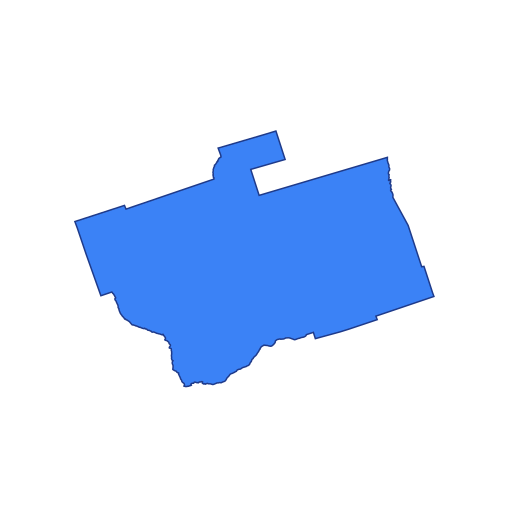 Rojas, Buenos Aires, Argentina, rotated 118°
{"feature_id": "61730980B83932941288797", "entity_name": "Rojas", "entity_type": "district", "adm_level": 2, "iso_a3": "ARG", "parent_name": "Argentina", "parent_adm1": "Buenos Aires", "projection": "natural_earth1", "projection_center": [-60.686, -34.196], "detail": "fine", "context": "isolated", "style": "filled", "palette": "blue", "viewbox_px": 512, "rotation_deg": 118, "n_neighbors": 0, "source": "geoboundaries", "source_scale": "gbopen_adm2", "svg_char_len": 6120}
<svg xmlns="http://www.w3.org/2000/svg" viewBox="0 0 512 512"><g transform="rotate(118 256 256)"><path d="M205.5,82.9L186.3,102.8L187.7,104.7L157.6,136.0L139.9,162.8L138.6,163.3L138.3,163.5L138.0,163.6L137.3,164.1L136.1,165.5L136.0,165.9L135.7,166.1L135.5,166.4L135.4,166.7L135.4,167.2L135.1,167.5L134.9,167.9L134.6,168.1L133.7,167.7L133.3,168.2L133.1,168.7L132.8,169.0L132.3,169.2L132.0,169.5L131.6,169.5L130.6,169.7L130.0,170.2L129.6,170.6L129.4,171.4L129.1,171.9L128.5,171.8L128.3,172.0L127.8,172.0L127.4,171.8L126.7,172.3L126.4,172.6L125.9,172.7L125.5,172.8L125.5,173.2L125.9,173.6L126.9,173.9L127.0,174.4L126.6,174.7L126.1,174.6L125.6,174.8L125.4,175.0L124.8,175.1L124.5,175.3L123.9,175.4L123.7,175.8L123.1,176.2L122.7,176.4L121.8,176.5L121.5,177.0L121.5,177.4L121.1,177.8L120.0,178.3L118.7,178.6L118.3,178.5L117.7,178.4L116.8,178.7L116.3,178.9L115.9,179.3L115.1,180.4L114.7,180.7L113.7,181.1L113.2,181.5L112.9,181.8L112.6,182.3L112.2,182.6L111.8,183.3L111.3,183.6L111.1,183.9L110.7,184.2L110.0,184.9L109.5,185.2L109.0,185.3L108.7,185.6L107.7,186.0L107.2,186.3L201.0,281.7L182.0,301.3L157.1,275.6L136.3,297.1L144.4,305.2L178.5,340.1L183.5,334.5L184.0,334.1L185.0,333.4L185.4,333.5L185.8,333.9L186.4,334.1L187.1,334.5L187.9,334.6L188.2,334.5L188.6,334.4L189.5,334.6L190.2,334.2L190.4,334.2L190.6,334.5L190.9,334.7L191.2,334.5L191.5,334.5L192.5,334.6L192.8,334.7L193.2,334.7L193.6,334.7L194.1,334.8L195.4,335.3L195.6,335.2L196.1,334.8L196.5,334.7L196.9,334.8L197.4,334.8L198.4,334.6L199.7,334.4L200.4,334.0L201.0,333.6L201.3,333.6L202.3,333.3L202.9,332.9L203.1,332.6L203.4,332.4L203.9,332.2L204.3,332.1L204.4,331.9L204.6,331.8L204.8,331.9L205.0,331.6L205.3,331.3L206.3,330.8L206.5,330.5L206.7,330.1L206.7,329.9L206.8,329.7L207.0,329.7L207.6,329.5L207.9,329.3L275.6,392.8L273.1,395.9L310.6,432.1L315.4,426.7L334.0,407.0L363.9,374.3L355.5,366.4L355.7,365.8L356.1,365.2L356.3,364.7L356.3,364.3L356.5,363.8L357.0,363.1L357.4,362.3L357.9,361.7L358.7,360.4L359.0,360.2L359.5,360.4L360.1,360.5L360.6,360.1L361.0,359.6L361.3,359.1L361.5,358.3L361.9,357.9L362.6,357.2L363.2,356.3L363.7,355.7L364.0,355.1L365.2,354.1L366.3,353.5L366.7,352.8L366.9,352.3L367.5,352.0L368.8,350.7L369.3,350.1L369.5,349.7L370.0,349.3L370.7,348.1L371.4,346.5L371.8,345.9L372.0,345.3L372.3,344.2L372.9,343.0L373.3,342.4L373.2,342.0L372.9,341.7L373.3,340.7L373.1,339.5L373.2,338.9L373.4,336.9L374.0,335.5L374.9,333.2L374.9,332.8L374.7,332.4L374.4,332.0L374.4,331.1L374.3,330.8L374.1,330.2L374.2,329.6L374.1,329.1L373.8,328.6L373.9,327.9L373.6,326.6L373.8,325.8L373.6,325.3L373.2,324.5L373.3,324.0L373.2,322.9L373.1,322.3L372.9,321.4L372.7,320.7L372.1,320.4L372.1,320.0L372.2,319.8L372.3,319.2L372.0,318.6L371.9,318.0L372.2,317.3L372.3,316.8L372.1,316.0L371.8,315.6L371.7,315.2L371.8,314.6L371.8,314.0L371.6,313.4L372.0,312.5L372.0,312.1L371.9,311.7L371.4,311.0L371.1,310.6L371.0,309.9L371.0,309.4L370.9,309.1L370.9,307.8L370.8,307.1L370.5,306.3L370.4,305.6L370.3,305.1L370.0,304.4L369.9,303.4L369.7,302.2L369.7,301.8L368.8,301.4L368.9,301.0L369.3,300.5L369.6,300.0L369.7,299.5L370.1,298.9L370.5,297.9L371.1,297.3L371.7,297.2L372.7,297.2L373.0,296.7L372.9,296.2L372.7,295.5L372.6,294.9L372.8,293.9L373.1,292.5L374.2,291.5L374.5,290.1L374.9,289.7L375.3,289.5L376.1,289.5L376.6,289.6L377.3,289.7L377.9,289.3L377.8,288.7L377.6,287.9L377.6,287.4L378.1,287.0L379.3,286.4L379.6,286.0L379.9,285.7L382.0,284.5L383.7,283.9L385.1,282.9L386.3,282.4L387.3,281.3L387.4,280.3L387.4,280.2L388.4,280.1L388.8,280.2L389.9,279.7L390.4,279.3L391.3,278.2L391.7,277.8L393.2,277.0L393.5,276.9L394.2,276.6L394.8,276.4L395.2,276.2L395.3,275.7L395.4,274.4L395.4,273.6L395.2,272.6L395.3,272.0L395.7,271.4L395.8,270.9L395.8,270.1L395.6,269.8L395.6,269.4L396.3,269.0L396.6,268.9L396.8,268.7L397.1,268.2L397.4,267.9L397.7,267.5L398.8,266.0L399.3,265.4L399.7,265.1L400.0,264.8L400.3,264.0L400.5,263.6L401.1,263.0L401.5,262.6L401.8,262.1L402.0,261.7L402.1,261.2L402.2,260.3L402.3,259.8L402.5,259.4L403.2,258.8L403.5,258.6L403.8,258.6L404.5,258.6L404.8,258.4L404.7,258.1L404.4,257.6L404.3,256.8L403.9,256.1L403.4,255.4L402.9,255.0L402.8,254.6L402.4,254.1L401.9,253.9L401.3,253.1L400.8,252.6L400.4,252.4L400.1,252.8L400.1,253.1L399.7,253.3L399.1,253.2L398.6,252.9L398.2,252.3L398.0,252.1L397.7,251.4L397.4,251.3L396.4,251.2L396.0,250.7L395.7,249.4L395.7,249.0L395.5,248.4L395.2,248.1L395.2,247.7L395.1,247.4L394.3,247.0L393.9,247.0L393.6,246.6L393.2,245.7L392.6,245.3L392.5,244.9L392.3,244.7L392.3,244.3L392.3,244.0L393.3,243.8L393.6,243.5L393.5,243.0L393.6,242.2L393.0,241.7L393.1,241.0L393.0,240.6L392.4,240.4L392.2,240.1L392.1,239.8L391.5,239.4L391.2,238.8L391.2,238.1L390.9,237.5L390.2,236.1L390.1,235.3L389.8,233.9L389.3,233.2L388.2,232.3L387.4,231.6L386.3,230.8L385.9,229.9L384.8,228.7L384.6,228.0L384.2,227.2L382.8,226.2L382.1,225.5L381.2,224.8L380.6,224.5L379.9,224.4L378.9,224.3L378.0,224.4L377.2,224.3L376.0,224.0L375.3,223.7L373.9,223.5L373.1,223.4L372.3,223.2L371.4,222.5L370.6,221.7L369.9,221.2L369.2,220.8L368.8,220.3L368.3,220.2L367.0,219.2L366.0,219.2L365.0,218.8L364.4,218.1L364.0,217.9L363.4,216.9L362.7,216.4L360.9,215.5L358.1,212.7L357.4,212.4L356.4,211.5L355.7,211.1L354.5,210.8L353.7,211.0L353.1,210.9L352.3,210.9L351.5,210.6L350.4,210.8L349.2,211.0L347.9,210.4L346.8,210.5L344.8,209.8L343.8,209.4L342.5,209.2L341.3,209.2L339.2,208.9L338.2,208.9L337.6,209.0L336.2,208.7L335.8,209.0L335.4,208.9L335.0,208.8L334.4,208.9L333.0,208.4L332.0,207.7L331.3,207.4L330.8,206.9L330.7,206.1L330.3,205.6L330.2,205.1L329.6,203.8L329.5,202.9L329.2,201.8L328.7,200.5L327.8,199.7L326.9,199.4L326.2,199.0L325.6,198.8L324.7,198.8L324.0,198.5L322.9,198.6L322.3,198.9L321.7,199.0L321.0,198.6L320.2,198.3L319.6,197.8L318.6,196.6L318.3,196.3L318.0,195.9L318.0,195.4L317.6,194.7L316.3,192.7L315.8,192.2L314.9,191.6L314.5,191.4L313.0,189.0L312.7,188.2L312.4,187.0L312.3,185.8L312.1,184.9L312.0,183.6L311.8,182.6L311.2,181.9L309.1,180.1L308.1,178.9L306.9,177.9L305.1,175.7L304.2,175.1L303.6,174.7L302.9,174.5L302.2,174.5L301.8,174.6L296.5,169.5L301.1,164.8L283.2,145.8L276.8,139.5L255.3,119.1L252.8,121.9L208.2,79.9L205.5,82.9Z" fill="#3b82f6" stroke="#1e3a8a" stroke-width="1.5"/></g></svg>